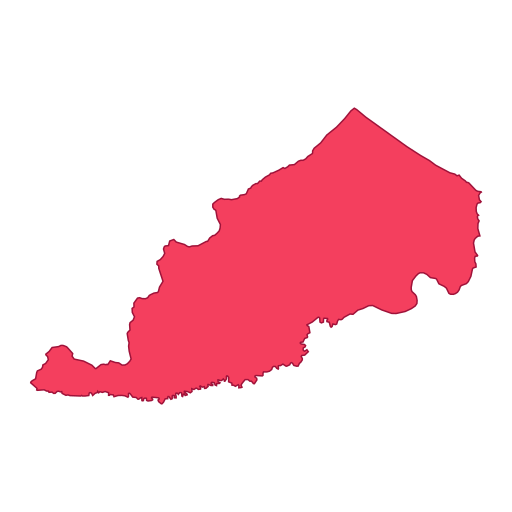 the district of Vinh Linh, Quảng Trị, Vietnam
{"feature_id": "81297802B84418908504415", "entity_name": "Vinh Linh", "entity_type": "district", "adm_level": 2, "iso_a3": "VNM", "parent_name": "Vietnam", "parent_adm1": "Quảng Trị", "projection": "mercator", "projection_center": [106.901, 17.026], "detail": "fine", "context": "isolated", "style": "filled", "palette": "rose", "viewbox_px": 512, "rotation_deg": 0, "n_neighbors": 0, "source": "geoboundaries", "source_scale": "gbopen_adm2", "svg_char_len": 6069}
<svg xmlns="http://www.w3.org/2000/svg" viewBox="0 0 512 512"><path d="M476.1,267.0L475.9,263.9L474.8,261.7L474.6,258.0L475.2,256.3L477.4,256.0L477.6,255.5L475.0,251.9L473.5,243.1L474.2,240.0L475.2,238.4L477.8,236.2L479.9,235.9L477.8,228.5L478.0,223.5L479.1,220.9L477.7,218.8L477.4,216.8L477.8,215.5L478.5,215.2L477.1,213.8L476.3,211.5L476.1,207.7L477.0,204.1L478.1,203.0L480.1,202.7L481.1,201.7L479.4,199.7L478.6,195.4L480.1,192.9L481.3,192.1L481.0,191.7L477.7,191.3L475.8,190.3L468.8,182.9L467.7,182.4L466.6,182.4L465.2,180.8L461.5,178.2L459.1,175.1L457.0,175.8L454.8,174.1L449.9,172.8L435.6,165.2L429.5,160.6L420.6,155.5L406.8,146.6L365.7,117.1L356.7,109.6L354.3,108.2L350.9,110.9L344.7,118.6L336.5,127.2L326.8,135.0L320.7,142.9L314.2,148.2L312.6,150.9L312.6,153.0L312.2,153.7L307.8,156.5L305.8,158.8L303.2,160.3L300.8,160.3L298.4,161.2L294.4,164.6L289.4,165.1L287.8,166.7L284.9,168.5L283.1,167.6L278.8,170.2L272.9,172.9L270.6,173.3L269.6,174.8L265.4,177.1L262.2,179.8L261.4,181.1L259.7,181.1L257.5,183.6L255.9,183.6L252.8,185.3L251.5,186.6L250.7,188.1L248.4,189.0L246.3,193.8L244.5,194.6L240.4,195.2L239.5,196.1L239.5,197.1L237.3,198.6L231.5,199.7L228.7,199.2L224.3,199.3L221.2,198.4L218.2,199.7L214.3,202.6L212.8,204.1L212.8,207.2L214.1,209.3L215.5,210.0L215.9,210.7L217.2,218.2L220.4,224.5L220.1,228.1L219.2,230.9L217.1,233.2L214.7,235.3L212.6,235.7L209.7,238.0L207.6,241.4L206.4,241.4L198.0,245.8L192.1,246.0L189.3,246.9L187.4,246.4L184.5,244.5L176.3,242.1L173.8,239.5L169.7,241.0L168.5,245.6L165.1,246.0L164.2,246.9L163.5,249.0L164.7,253.4L163.1,256.5L160.3,259.6L157.1,261.4L156.9,264.2L158.7,265.9L158.8,268.4L163.0,281.3L159.5,287.1L158.4,291.5L157.6,292.5L153.9,293.1L150.3,294.8L149.2,295.5L147.7,297.7L145.5,298.7L142.1,298.6L139.6,297.7L137.5,298.1L133.9,303.1L134.0,307.0L132.1,308.4L132.3,312.4L134.5,316.8L133.1,320.2L130.1,322.6L129.6,324.6L130.0,330.0L127.7,332.4L127.2,333.6L128.3,340.4L129.1,342.7L128.6,346.1L129.2,351.2L131.1,359.0L129.8,361.2L127.3,363.8L125.0,365.0L122.1,365.1L118.8,362.9L115.3,362.5L110.3,360.8L107.8,364.6L106.9,364.3L106.0,364.7L103.6,364.2L101.0,364.6L96.0,368.6L95.3,368.6L91.9,365.2L83.6,361.1L74.2,359.1L72.1,356.2L72.7,353.5L67.9,348.1L66.6,346.8L64.4,345.9L62.9,345.4L61.0,345.4L58.6,346.6L52.1,347.5L49.2,351.4L45.8,354.2L46.2,355.3L47.6,356.5L48.3,359.7L45.6,363.5L42.9,364.9L42.5,367.3L41.2,369.2L37.4,370.9L36.7,372.5L35.6,378.8L32.1,380.8L30.8,382.1L30.7,382.8L36.5,387.9L37.0,388.5L36.7,390.0L37.6,390.3L44.2,389.8L46.4,391.0L48.5,391.2L49.0,392.3L52.0,392.1L53.7,393.4L55.2,393.3L57.0,391.5L58.4,391.2L60.6,391.9L61.7,391.6L62.1,393.4L65.9,395.3L68.0,394.9L69.9,395.6L80.8,396.0L81.7,395.4L82.5,396.0L85.0,396.0L88.8,395.5L89.2,393.1L89.7,392.7L90.6,392.7L91.6,393.3L92.7,395.5L95.1,393.3L97.2,392.6L97.7,391.3L98.7,392.8L99.9,391.7L102.4,392.4L105.1,391.5L108.6,392.7L108.6,395.3L109.4,395.3L110.3,394.5L113.3,394.9L114.0,396.7L118.0,395.5L121.9,395.4L124.9,395.8L127.9,397.2L128.5,396.4L128.5,393.5L129.2,393.2L130.1,393.6L132.7,397.1L136.3,397.5L137.9,399.2L138.7,399.2L140.8,397.7L141.8,397.5L141.9,400.6L142.4,400.8L143.4,400.6L143.8,398.6L144.9,398.1L146.4,398.3L146.6,400.4L148.0,401.0L151.6,400.5L152.6,399.9L152.7,399.2L151.5,397.9L152.0,397.1L158.4,397.8L159.0,398.2L159.2,399.0L158.1,399.9L158.1,400.4L158.7,401.7L161.3,403.8L162.0,403.8L163.5,402.2L165.2,398.8L167.7,398.7L167.6,397.3L168.1,396.5L168.9,396.6L170.9,399.3L172.2,398.7L172.2,395.9L173.0,395.3L174.4,395.7L174.1,397.0L174.3,397.8L176.1,397.9L176.2,396.8L175.6,393.9L176.1,393.1L177.6,393.3L178.3,394.4L179.7,392.6L181.1,392.6L181.6,393.1L181.9,396.1L182.6,396.5L183.4,394.2L184.1,393.9L185.2,395.5L187.2,394.8L187.0,394.1L184.2,391.9L184.4,391.2L187.6,391.6L190.3,392.8L192.0,391.5L191.8,388.7L193.9,389.5L195.9,388.2L196.7,388.2L198.3,389.4L200.5,389.1L200.6,387.8L199.7,386.4L200.2,385.9L202.5,387.1L204.2,386.6L204.6,388.4L206.0,388.3L208.1,386.4L207.8,384.8L208.1,384.4L210.9,385.5L212.7,385.5L212.8,384.4L211.3,383.8L211.1,383.1L211.6,382.4L212.4,382.3L214.3,382.7L215.1,385.0L216.5,385.6L216.7,383.6L219.5,383.4L220.0,382.8L218.1,381.8L217.9,379.9L218.7,379.8L219.8,380.5L221.7,380.5L223.3,378.9L224.2,380.0L224.4,381.2L224.9,381.2L226.5,378.8L226.4,376.3L226.8,375.9L227.6,376.0L228.7,377.4L228.6,381.8L231.8,383.1L232.0,385.2L233.5,385.2L235.4,386.3L238.2,384.7L238.9,385.5L238.8,387.8L241.1,387.6L242.0,387.2L241.1,385.2L241.8,383.7L245.1,379.6L248.1,379.6L249.9,381.2L251.5,381.2L253.4,383.6L254.4,383.7L256.9,379.9L256.7,378.3L254.9,376.9L255.0,376.0L256.0,375.5L262.3,375.9L263.0,375.3L263.0,373.2L263.5,371.9L266.9,371.9L269.5,371.2L271.7,369.5L272.4,367.3L273.6,366.4L275.4,366.5L276.7,368.3L278.2,369.1L278.5,368.6L278.2,366.1L278.5,365.7L280.5,365.6L282.9,364.1L285.9,366.1L286.7,366.2L289.7,364.8L290.5,363.1L291.4,362.6L292.5,363.2L293.8,365.4L296.6,366.2L298.1,366.1L299.4,363.4L300.8,362.2L302.3,359.9L302.3,358.4L301.2,356.6L301.7,355.5L304.7,355.1L308.3,351.7L306.9,349.7L304.7,351.2L303.6,350.6L303.1,349.8L303.3,347.9L305.1,346.9L305.6,345.6L304.5,344.5L301.2,344.0L300.2,343.0L300.6,342.3L303.0,342.0L304.7,338.4L307.2,337.6L307.6,336.9L307.0,334.8L307.8,333.8L309.9,332.7L308.8,326.5L307.2,325.6L306.9,324.8L312.3,322.0L317.9,317.4L318.8,317.2L319.7,318.0L320.0,322.1L321.4,322.9L323.4,322.1L323.6,318.8L324.0,318.2L327.5,318.5L327.7,319.2L326.9,320.4L326.9,321.6L329.3,322.3L330.3,326.3L331.1,327.2L332.1,326.5L332.9,324.0L335.5,324.6L336.7,324.0L337.6,320.9L338.6,319.4L341.0,319.7L342.2,319.2L344.0,317.3L350.0,314.0L353.0,314.3L357.9,310.1L363.0,308.5L368.7,305.7L372.7,305.5L381.7,309.9L391.7,313.4L396.1,313.5L405.2,311.5L411.4,308.6L415.2,306.0L416.9,303.5L417.1,300.4L416.4,296.5L415.3,294.7L411.9,291.5L411.3,289.7L411.2,287.4L412.4,280.6L415.9,276.0L418.4,273.6L420.0,272.8L423.5,272.8L426.9,274.4L430.4,277.6L435.7,278.5L436.6,279.2L438.9,283.8L444.1,286.3L446.4,288.1L448.9,293.3L450.4,294.2L453.4,294.3L455.4,293.6L457.5,292.2L459.1,289.9L460.2,286.8L461.3,285.5L466.4,283.6L468.3,281.6L470.9,276.3L472.5,268.8L473.2,268.0L476.1,267.0Z" fill="#f43f5e" stroke="#9f1239" stroke-width="1.5"/></svg>